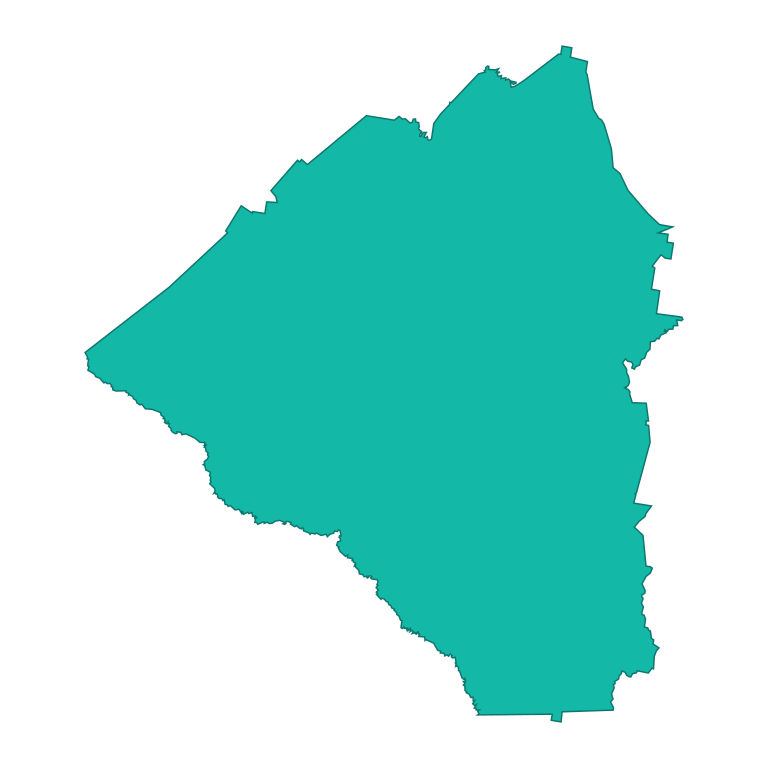 the district of Narromine, New South Wales, Australia
{"feature_id": "25037944B72215071742446", "entity_name": "Narromine", "entity_type": "district", "adm_level": 2, "iso_a3": "AUS", "parent_name": "Australia", "parent_adm1": "New South Wales", "projection": "albers", "projection_center": [147.895, -32.232], "detail": "fine", "context": "isolated", "style": "filled", "palette": "teal", "viewbox_px": 768, "rotation_deg": 0, "n_neighbors": 0, "source": "geoboundaries", "source_scale": "gbopen_adm2", "svg_char_len": 6086}
<svg xmlns="http://www.w3.org/2000/svg" viewBox="0 0 768 768"><path d="M648.3,673.0L651.9,668.2L653.5,668.9L654.3,656.2L656.4,650.8L659.0,647.9L653.1,644.0L653.7,640.0L651.4,638.3L650.4,631.0L648.7,630.3L647.7,627.8L644.4,627.1L645.5,619.1L644.1,615.2L642.2,614.6L641.7,612.9L643.4,607.0L641.4,603.1L643.1,598.5L641.6,596.3L642.0,594.9L644.7,593.4L645.2,590.7L642.0,583.9L646.0,576.5L650.3,573.1L652.3,568.2L650.3,566.7L646.0,566.1L643.0,535.4L634.3,527.2L639.0,521.4L645.1,516.4L645.9,513.5L651.5,506.0L633.7,503.1L635.9,494.9L635.0,493.8L636.4,493.0L650.1,442.3L648.6,425.4L645.7,424.8L646.4,420.9L648.5,421.0L646.2,403.2L632.2,402.7L629.5,393.5L630.0,392.1L628.4,389.6L625.6,388.5L626.3,387.5L625.1,387.3L628.2,385.5L629.5,382.2L628.4,376.1L626.7,373.1L626.6,369.2L622.5,362.8L625.5,358.9L627.8,361.3L631.5,362.0L633.0,364.3L631.8,368.0L634.4,369.2L635.6,366.8L639.6,365.0L641.1,359.8L644.6,358.1L646.7,352.2L649.9,349.4L650.4,341.7L654.6,341.2L656.9,338.4L659.1,338.8L660.6,335.2L666.4,332.6L666.4,331.6L664.4,331.3L664.7,329.7L667.5,331.2L668.6,329.3L672.9,329.1L673.4,325.7L677.7,325.6L676.7,319.9L681.3,320.7L682.9,319.5L681.8,317.1L656.4,313.7L659.7,290.8L651.4,289.2L654.8,268.0L652.3,266.1L661.0,254.8L665.2,258.1L670.9,259.0L673.4,243.1L667.0,242.2L668.1,234.3L658.2,232.9L672.6,226.9L659.5,224.6L648.0,213.8L628.1,190.5L619.9,173.4L613.1,167.7L611.4,148.9L604.2,124.5L601.5,119.9L598.7,118.3L593.2,109.1L587.1,74.5L585.8,72.2L587.4,61.6L570.4,57.1L571.8,47.8L562.1,46.1L560.8,54.4L558.6,54.1L524.3,80.3L515.6,86.0L511.2,87.4L510.2,82.1L513.4,84.3L515.9,83.4L516.1,82.3L510.5,80.9L508.4,79.0L505.6,80.2L505.8,77.9L501.0,78.5L501.5,75.6L498.1,76.4L497.2,73.5L500.0,72.1L496.2,72.1L498.5,68.8L495.0,69.9L488.7,69.4L488.8,66.4L487.8,66.0L485.8,67.5L485.8,69.9L484.3,70.5L485.2,72.1L478.5,73.9L451.3,102.6L449.8,102.4L449.5,104.6L440.7,113.9L433.8,123.5L431.5,139.1L429.2,140.4L428.0,139.8L427.3,136.7L425.3,137.8L424.0,137.1L426.3,132.4L423.9,132.4L422.0,133.9L421.2,136.4L419.8,136.3L419.8,134.1L421.8,131.8L418.4,128.8L419.2,126.8L418.7,122.7L415.8,121.9L415.5,119.0L413.2,119.2L412.3,122.2L410.1,123.0L405.4,118.8L402.3,119.1L399.1,116.4L394.3,120.2L366.4,115.7L307.4,164.6L301.6,159.5L299.5,161.9L297.5,160.2L270.9,190.7L275.8,196.5L277.2,202.5L266.7,201.9L264.9,213.5L252.6,211.6L252.3,213.2L241.2,205.8L225.7,231.0L227.7,232.8L169.2,287.2L85.1,352.5L87.7,357.4L87.0,358.8L88.6,359.4L87.8,364.3L88.0,366.3L89.0,366.7L87.9,370.2L94.7,374.3L95.6,376.6L99.7,378.2L103.9,382.9L105.3,382.1L107.0,383.6L110.0,383.5L111.5,385.2L111.2,386.7L112.8,387.3L112.8,389.8L115.9,391.0L126.0,390.8L126.0,392.3L128.8,393.4L128.5,395.2L129.7,394.7L132.6,396.6L133.6,398.8L136.1,400.3L136.9,402.9L140.1,404.9L141.7,404.1L145.4,408.8L152.1,409.3L160.7,412.6L161.0,415.0L163.9,417.2L163.2,418.6L164.7,418.9L164.9,421.1L165.9,421.4L164.7,422.6L167.1,423.9L168.2,422.1L168.4,423.7L169.5,423.7L168.6,426.4L171.3,428.8L171.0,430.1L172.7,432.2L175.4,433.7L176.9,433.4L176.9,431.8L180.7,432.3L182.0,434.7L185.8,433.8L194.9,438.1L200.0,442.4L204.8,442.5L204.5,443.7L205.7,444.3L204.4,445.4L205.9,445.5L204.3,447.2L205.5,447.7L206.1,451.3L208.0,452.7L207.5,454.9L208.6,456.5L207.4,459.1L204.3,461.5L204.6,463.9L203.2,464.7L204.8,465.5L205.8,469.9L210.5,472.4L209.5,475.7L210.8,476.9L210.2,480.5L211.1,481.6L209.7,483.7L214.6,488.4L215.2,490.8L213.9,493.3L215.0,492.7L215.9,494.1L217.3,494.1L218.0,497.6L219.2,498.4L221.7,498.6L222.8,500.5L224.2,499.7L225.1,504.4L227.3,504.8L228.1,506.3L230.4,505.6L235.1,509.9L239.2,509.3L241.8,513.7L242.5,513.3L241.6,511.5L242.7,511.6L243.4,514.3L247.9,512.2L248.9,513.6L251.9,512.6L252.6,516.4L255.4,516.0L256.6,517.8L254.6,517.9L255.4,520.1L254.8,522.4L256.6,522.5L257.8,524.3L263.0,522.0L264.3,522.0L264.2,523.4L267.3,522.2L269.4,523.6L272.1,523.2L275.7,521.0L279.7,520.4L283.7,521.9L284.4,523.0L283.0,523.8L284.9,524.4L286.0,523.3L285.6,521.9L287.7,521.4L291.0,522.6L290.4,524.0L294.7,526.7L296.7,525.6L299.4,528.1L301.8,528.9L302.5,527.7L303.6,528.9L303.5,530.9L308.7,532.7L310.1,534.4L311.4,533.1L315.3,534.0L316.5,532.9L321.0,535.4L326.2,534.3L327.3,536.7L330.2,534.1L333.5,533.2L334.5,531.1L337.4,531.5L338.6,529.8L340.0,530.6L341.1,535.9L339.6,535.8L339.1,537.3L340.4,538.6L340.4,541.1L337.7,541.8L336.6,545.3L339.0,546.8L338.2,547.7L340.2,551.6L345.4,556.3L347.8,555.1L347.4,557.7L352.3,558.4L352.1,560.3L353.2,560.0L353.1,561.7L355.5,563.0L354.5,565.7L355.4,565.1L355.3,566.8L358.9,570.3L359.4,573.9L362.8,574.6L364.0,576.7L366.1,576.3L367.4,578.0L368.5,577.2L368.0,576.1L370.8,575.9L371.8,576.8L370.7,577.9L371.4,578.8L377.4,579.8L378.1,581.9L376.9,584.6L378.0,585.2L376.1,587.7L378.4,590.0L376.3,592.2L377.6,593.7L376.5,594.4L381.0,599.3L381.8,598.3L384.2,599.0L386.6,601.7L388.1,601.9L388.8,604.5L391.0,605.7L391.6,607.8L394.2,609.0L393.9,610.0L396.8,612.9L396.8,614.5L399.0,616.0L400.6,620.3L401.9,620.6L401.0,627.7L402.3,628.4L404.1,627.1L404.3,628.4L406.3,628.2L407.2,630.5L407.9,628.6L408.8,630.3L410.3,628.3L410.9,630.3L410.2,631.5L412.1,630.5L413.2,631.6L412.1,633.6L414.5,632.8L416.2,634.2L417.2,633.4L416.0,632.6L417.8,632.7L417.9,631.1L418.7,634.0L419.6,634.0L418.7,636.5L424.7,636.9L425.0,640.5L426.1,639.7L433.7,643.2L437.7,650.3L440.7,651.1L440.3,653.0L443.9,653.2L444.9,656.0L446.8,654.7L448.6,656.2L450.1,654.1L452.1,655.6L451.4,656.8L452.6,657.9L455.2,657.4L456.0,661.6L455.3,662.9L456.2,663.5L455.6,666.4L457.0,665.8L458.5,667.6L458.5,670.6L459.7,671.2L461.9,677.7L464.1,679.6L464.8,678.4L465.5,679.9L465.4,681.7L463.5,681.6L465.0,683.6L463.4,685.1L464.9,686.2L465.0,690.6L466.6,691.4L466.2,692.7L469.1,694.1L470.8,697.5L473.1,697.2L473.2,700.8L474.9,700.4L472.7,703.7L474.8,705.5L476.3,704.7L474.3,708.1L476.0,708.2L476.1,709.9L479.4,709.9L477.8,711.3L479.0,714.1L477.8,714.9L552.3,714.2L551.2,720.3L561.1,721.9L562.1,711.8L613.2,710.1L613.4,707.4L610.5,702.0L613.0,699.1L611.6,693.9L614.2,687.8L613.3,685.0L615.1,683.4L614.7,681.5L618.6,679.0L619.0,676.2L621.1,674.0L622.0,671.0L625.2,672.3L626.6,675.3L629.2,676.8L630.8,676.9L632.6,673.6L636.5,672.8L637.3,670.8L648.3,673.0Z" fill="#14b8a6" stroke="#0f766e" stroke-width="1.5"/></svg>